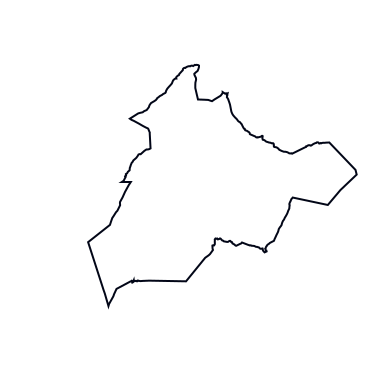 outline of Tingambato, Michoacán, Mexico, rotated 49°
{"feature_id": "50627088B49103423158647", "entity_name": "Tingambato", "entity_type": "district", "adm_level": 2, "iso_a3": "MEX", "parent_name": "Mexico", "parent_adm1": "Michoacán", "projection": "equal_earth", "projection_center": [-101.844, 19.506], "detail": "fine", "context": "isolated", "style": "outline", "palette": "ink", "viewbox_px": 384, "rotation_deg": 49, "n_neighbors": 0, "source": "geoboundaries", "source_scale": "gbopen_adm2", "svg_char_len": 5903}
<svg xmlns="http://www.w3.org/2000/svg" viewBox="0 0 384 384"><g transform="rotate(49 192 192)"><path d="M250.7,221.1L250.7,219.3L249.8,215.4L249.5,214.2L248.5,213.8L246.9,212.6L245.9,211.8L245.8,211.7L246.1,210.9L246.6,210.7L246.8,210.4L246.6,209.7L246.5,209.4L246.4,209.1L245.5,208.2L244.5,207.5L243.9,206.8L243.3,206.4L242.9,206.0L242.7,205.9L242.5,204.8L243.3,204.4L243.4,203.9L243.6,203.5L243.9,203.5L244.3,203.4L244.8,203.5L244.9,203.3L244.9,203.0L245.3,202.4L245.4,201.3L246.1,201.0L248.3,201.0L249.3,200.4L250.0,200.4L250.3,200.2L252.8,198.2L253.3,197.4L253.4,196.8L253.4,196.2L253.6,195.6L254.0,195.2L255.4,195.2L255.6,194.9L256.2,194.7L256.6,194.8L256.8,195.0L257.1,195.2L257.5,195.2L257.9,195.0L258.9,194.7L259.3,194.4L260.4,194.4L261.2,194.2L261.6,193.9L262.7,189.8L263.1,188.6L262.9,187.4L268.8,184.3L268.9,184.2L270.3,183.4L270.3,183.2L270.6,183.0L270.8,182.6L271.2,182.4L271.6,182.3L271.9,182.1L272.4,181.5L273.6,180.4L275.1,179.8L275.6,179.5L276.1,178.9L276.9,178.5L277.2,178.2L277.6,177.9L279.2,177.8L279.4,177.7L279.8,177.5L280.4,176.8L280.6,176.3L280.9,175.8L281.2,175.9L281.6,176.1L282.4,176.7L283.6,176.9L285.2,176.8L285.8,174.7L285.4,174.5L285.3,174.9L283.0,174.0L283.1,173.7L282.3,172.8L282.0,172.1L281.9,171.2L281.6,170.9L281.4,169.7L281.4,169.2L281.6,167.8L281.5,166.7L282.6,162.2L281.6,160.3L281.1,159.1L279.8,156.3L278.8,153.8L278.1,152.5L276.9,150.8L276.3,148.8L276.1,147.5L275.7,146.1L274.7,144.7L274.1,143.6L273.5,142.3L273.2,140.8L273.0,140.3L272.2,138.6L271.9,137.4L271.1,135.2L270.6,134.0L270.0,132.9L269.4,131.9L268.3,129.4L267.1,128.2L266.0,126.9L265.8,126.8L265.6,126.7L265.5,126.8L265.2,126.6L264.9,126.4L264.2,125.2L264.0,124.7L263.8,124.4L263.8,124.0L263.7,123.8L263.4,123.4L262.9,122.3L262.5,121.4L262.4,119.9L262.3,119.6L290.9,98.0L287.9,78.7L286.9,56.3L282.6,54.1L244.7,55.9L242.5,58.7L242.0,59.5L240.9,60.7L240.7,61.0L240.2,61.9L240.0,62.6L239.9,62.6L239.5,62.7L239.4,62.9L238.9,64.2L237.5,64.2L237.2,64.4L236.5,65.1L236.4,65.5L236.5,66.0L236.4,66.2L236.0,66.9L235.5,68.6L235.3,69.7L235.2,71.3L235.1,71.6L235.0,71.8L234.8,72.1L234.0,72.3L233.5,73.1L233.2,73.3L232.9,74.1L232.8,75.0L232.7,75.5L232.4,75.8L232.5,76.0L232.8,76.5L232.6,76.8L228.8,91.2L228.6,91.2L228.2,91.3L228.1,91.5L228.0,91.8L227.9,92.0L227.7,92.2L227.3,92.5L227.1,92.7L226.9,93.0L226.5,93.3L225.6,93.5L224.1,94.2L222.8,95.2L222.2,95.9L221.8,96.3L220.0,97.3L219.2,97.7L218.7,97.8L217.8,98.3L216.7,98.5L216.1,98.3L215.9,98.3L215.0,98.6L214.0,98.8L213.6,99.0L212.2,100.2L211.9,100.4L211.7,100.4L211.1,100.2L210.8,100.0L210.6,99.6L209.5,98.9L209.0,98.7L208.4,98.8L208.2,98.9L208.0,99.5L207.5,99.9L206.8,100.2L206.1,100.6L205.6,101.0L205.3,101.4L204.8,101.6L202.9,102.8L202.4,103.0L200.5,103.3L199.3,104.0L199.0,104.3L198.9,104.3L198.6,104.0L198.1,103.9L197.6,103.6L196.2,102.0L195.8,102.1L195.6,102.2L195.5,102.4L195.4,103.7L195.3,104.0L194.7,105.1L194.2,106.2L193.8,106.4L193.7,106.5L193.7,107.0L193.0,107.6L192.8,107.7L191.7,107.8L186.5,110.3L186.1,110.3L185.7,110.0L185.1,109.7L184.3,109.7L183.2,110.1L182.9,110.1L181.9,110.4L180.7,111.1L180.4,111.3L180.1,111.3L179.1,110.8L178.9,110.8L178.7,111.1L178.1,111.2L175.8,110.7L173.3,110.0L173.0,110.1L170.7,110.0L169.6,110.5L168.5,110.6L167.9,110.6L167.0,110.4L164.9,110.5L164.1,110.6L161.3,110.6L159.8,110.4L157.8,109.8L156.7,109.3L155.0,108.3L151.0,106.0L149.4,105.3L147.7,104.6L146.8,104.3L145.8,103.8L143.9,103.5L143.4,103.5L142.6,102.7L142.5,102.3L142.4,102.1L141.8,101.6L140.9,100.4L140.8,100.7L140.8,101.1L140.6,100.9L140.3,101.1L139.8,101.6L139.6,102.0L139.6,102.5L136.7,103.3L137.2,103.7L137.4,104.0L137.6,104.7L138.0,106.6L138.1,107.3L138.0,108.0L136.9,114.4L136.6,117.3L135.5,118.0L133.2,119.3L130.6,122.0L126.1,126.8L120.4,123.8L115.7,121.3L113.4,119.3L111.7,117.7L109.9,115.2L108.5,114.2L105.1,113.3L104.3,112.7L104.2,110.7L104.3,108.4L103.4,106.5L102.3,104.8L101.2,103.8L100.4,104.0L99.6,104.6L99.3,104.9L98.8,105.4L98.7,105.9L97.9,106.5L97.8,107.4L97.7,108.5L97.2,108.7L96.6,109.1L96.1,109.9L95.9,111.0L95.2,111.5L94.6,112.6L94.1,114.0L94.0,114.8L94.0,115.6L93.6,115.8L93.1,117.0L93.2,118.0L93.4,118.4L93.8,118.7L94.1,119.2L94.1,119.9L94.6,124.2L95.0,124.7L95.2,125.3L95.0,125.8L94.9,126.3L94.9,127.5L95.0,128.4L95.3,129.0L96.1,129.4L95.7,129.9L95.3,130.6L95.3,131.8L95.4,133.0L95.8,133.9L96.9,136.0L97.3,138.7L97.4,139.9L97.8,142.8L98.5,144.8L99.1,145.9L99.6,146.5L99.7,147.2L99.1,149.6L99.1,150.2L99.1,150.9L99.0,151.3L98.5,153.4L98.5,154.5L98.5,155.4L98.3,156.3L98.4,156.9L98.7,157.5L98.7,158.0L98.9,158.8L98.8,159.8L98.7,160.8L98.3,162.8L98.0,164.7L98.6,167.0L99.1,168.0L99.7,168.9L100.4,172.4L100.0,173.8L99.6,174.9L99.5,176.0L99.5,176.9L98.4,178.9L97.4,181.0L95.9,190.8L97.9,190.3L100.0,189.3L105.6,187.2L109.7,185.8L113.1,184.5L114.6,183.8L115.4,183.5L119.5,184.9L120.1,185.5L129.6,192.9L131.9,194.7L131.6,196.1L131.0,197.3L130.0,198.5L129.7,200.9L129.8,206.0L129.2,206.4L128.6,207.7L129.2,209.5L129.7,211.7L129.7,215.6L130.3,217.0L130.4,218.3L131.6,220.7L132.2,221.6L133.0,223.1L134.7,224.9L134.7,227.2L135.3,228.6L135.3,229.3L135.1,229.8L135.1,230.2L136.4,231.0L136.5,231.3L136.2,231.9L136.3,232.3L137.3,232.6L137.6,233.6L138.7,236.2L138.4,238.4L144.3,231.6L144.9,233.7L145.3,235.2L148.0,242.5L150.5,247.9L152.3,252.8L153.0,253.6L154.8,254.9L157.2,260.6L157.3,261.6L157.4,262.6L158.8,267.2L159.3,269.2L161.2,272.5L163.0,275.5L161.7,303.3L208.1,323.1L211.4,324.4L223.3,329.9L222.1,328.0L219.2,320.0L218.6,318.8L218.2,318.3L215.6,312.5L219.1,297.3L219.3,297.0L219.4,296.0L220.4,296.2L221.2,296.5L221.4,295.6L221.3,294.8L221.2,294.7L220.6,295.0L220.4,295.0L220.3,294.9L220.3,294.5L220.5,294.0L220.4,293.8L220.7,294.0L221.0,294.0L221.3,293.9L221.5,294.0L221.6,293.5L222.5,292.4L222.8,292.2L222.9,292.4L223.4,292.0L223.5,291.8L223.6,291.5L223.5,291.0L223.4,290.9L223.6,290.7L223.8,290.7L225.4,289.4L225.7,289.0L226.8,287.5L230.8,282.5L255.5,255.1L250.3,225.2L250.7,221.1Z" fill="none" stroke="#020617" stroke-width="2"/></g></svg>